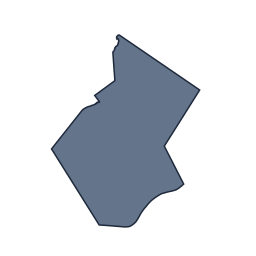 Arauco, La Rioja, Argentina (Mercator projection), rotated 234°
{"feature_id": "61730980B43357395590927", "entity_name": "Arauco", "entity_type": "district", "adm_level": 2, "iso_a3": "ARG", "parent_name": "Argentina", "parent_adm1": "La Rioja", "projection": "mercator", "projection_center": [-66.591, -28.559], "detail": "fine", "context": "isolated", "style": "filled", "palette": "slate", "viewbox_px": 256, "rotation_deg": 234, "n_neighbors": 0, "source": "geoboundaries", "source_scale": "gbopen_adm2", "svg_char_len": 2691}
<svg xmlns="http://www.w3.org/2000/svg" viewBox="0 0 256 256"><g transform="rotate(234 128 128)"><path d="M208.4,175.5L208.4,175.4L208.9,174.8L208.9,174.6L208.9,174.4L208.8,174.2L208.7,173.8L208.7,173.6L208.7,173.2L208.6,172.9L208.6,172.7L208.4,172.4L208.2,172.1L207.8,172.2L207.7,172.1L207.4,171.7L207.2,171.7L206.9,171.6L206.7,171.5L206.5,171.4L206.5,171.5L206.5,171.9L206.5,172.0L206.4,172.2L206.2,172.3L205.9,172.2L205.6,172.1L205.4,172.1L205.1,172.2L204.9,172.2L204.7,172.1L204.5,171.9L204.2,171.9L204.0,171.7L203.9,171.7L203.7,171.6L203.5,171.4L203.4,171.3L203.3,171.1L203.2,171.0L203.2,170.9L203.1,170.7L202.9,170.4L202.6,170.2L202.2,169.8L201.9,169.6L201.8,168.9L201.4,168.5L201.0,167.9L200.9,167.3L201.0,166.9L201.1,166.6L201.1,166.0L200.8,165.4L200.7,164.7L200.1,164.4L199.9,164.0L199.8,163.4L199.4,163.1L199.1,162.9L198.7,162.2L198.5,160.8L198.1,160.2L196.1,159.0L195.9,158.8L193.9,157.6L189.6,154.9L174.0,145.2L173.9,120.2L166.6,120.3L165.3,120.3L165.5,120.2L165.7,119.8L166.0,119.7L166.2,119.3L166.1,119.2L166.5,118.8L166.6,118.7L166.3,118.6L166.3,118.4L166.5,117.9L166.7,117.7L166.9,117.5L166.9,117.4L166.7,117.1L166.5,116.9L166.7,116.7L166.7,116.4L166.5,116.0L166.7,115.8L166.5,115.6L166.5,115.1L166.6,114.9L166.7,114.6L166.8,114.1L166.9,113.8L166.9,113.7L167.0,113.5L167.0,113.2L167.0,112.9L167.1,112.7L167.4,112.5L167.5,112.2L167.6,111.8L167.8,111.4L167.8,111.1L167.7,110.7L167.7,110.4L167.8,110.3L167.9,110.0L168.0,109.9L168.1,109.7L168.3,109.3L168.4,109.1L168.5,108.9L168.6,108.7L168.7,108.3L168.7,108.0L168.8,107.7L169.0,107.4L169.0,107.1L169.0,106.9L168.9,106.4L169.0,106.1L169.1,105.8L169.2,105.6L169.2,105.4L169.3,105.2L169.3,104.9L169.3,104.6L169.4,104.4L169.3,104.1L169.4,103.7L169.4,103.4L169.5,103.2L169.5,102.9L169.4,102.4L169.3,102.2L169.3,101.9L169.3,101.7L169.3,101.4L156.0,53.8L155.5,53.8L133.8,52.3L66.5,47.7L61.9,53.2L60.3,55.1L57.8,58.0L49.8,67.3L49.2,68.3L48.5,69.3L47.9,70.3L47.5,71.3L47.2,72.5L47.1,73.7L47.1,74.8L47.1,76.0L47.2,77.2L47.3,78.3L47.6,79.5L48.0,80.6L48.4,81.7L48.8,82.7L49.3,83.8L49.8,84.9L50.3,85.9L50.8,87.0L51.3,88.0L51.7,89.1L52.1,90.2L52.5,91.3L52.8,92.4L53.2,93.6L53.5,94.7L53.7,95.8L54.0,97.0L54.3,98.1L54.6,99.2L54.9,100.3L55.1,101.5L55.3,102.6L55.5,103.8L55.6,105.0L55.7,106.1L55.7,107.3L55.7,108.5L55.7,109.6L55.6,110.8L55.6,112.0L55.5,113.1L55.4,114.3L55.3,115.5L55.1,116.6L54.7,117.7L54.3,118.8L53.9,119.9L53.5,121.0L53.1,122.1L52.6,123.2L52.2,124.3L51.7,125.3L51.2,126.4L50.8,127.5L50.4,128.6L50.0,129.7L49.7,130.8L49.6,132.0L49.5,133.1L49.5,134.3L49.6,135.5L49.6,136.7L49.7,137.8L49.8,139.0L49.9,140.1L92.0,146.7L116.6,208.3L207.5,175.9L208.4,175.5L208.4,175.5Z" fill="#64748b" stroke="#1e293b" stroke-width="1.5"/></g></svg>